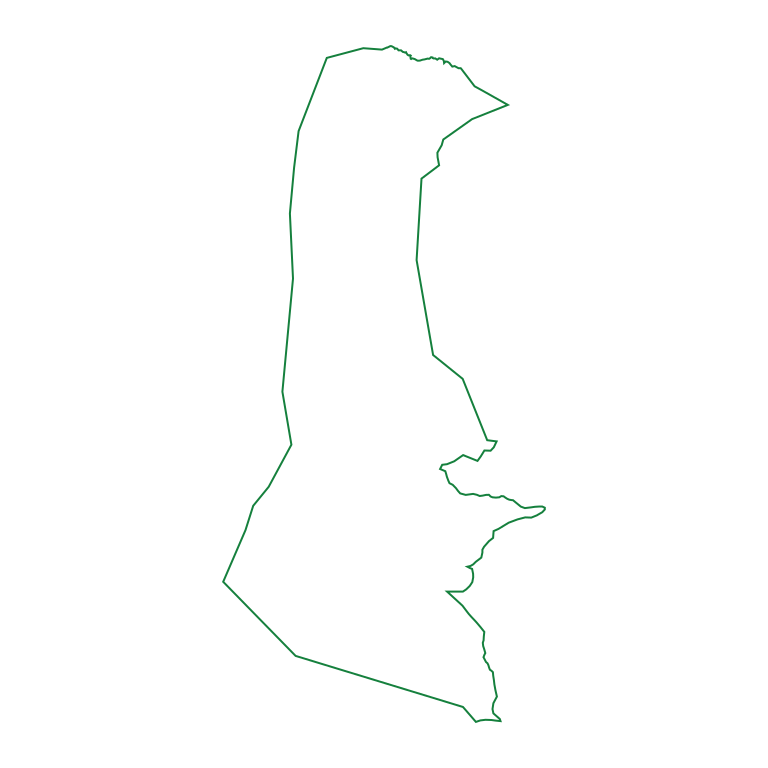 San Juan Ihualtepec, Oaxaca, Mexico (orthographic projection)
{"feature_id": "50627088B85005499494284", "entity_name": "San Juan Ihualtepec", "entity_type": "district", "adm_level": 2, "iso_a3": "MEX", "parent_name": "Mexico", "parent_adm1": "Oaxaca", "projection": "orthographic", "projection_center": [-98.274, 17.768], "detail": "fine", "context": "isolated", "style": "outline", "palette": "green", "viewbox_px": 768, "rotation_deg": 0, "n_neighbors": 0, "source": "geoboundaries", "source_scale": "gbopen_adm2", "svg_char_len": 2503}
<svg xmlns="http://www.w3.org/2000/svg" viewBox="0 0 768 768"><path d="M481.0,89.8L474.6,86.3L461.1,68.6L460.7,68.2L458.5,68.2L454.7,66.1L452.3,66.6L451.3,65.4L450.5,64.5L449.5,63.1L447.6,61.8L445.7,61.5L444.1,63.1L443.8,60.8L442.8,59.1L439.1,58.3L437.2,59.7L435.3,58.4L433.8,58.5L432.8,58.1L432.6,57.5L431.1,57.2L429.7,58.5L429.1,58.8L427.6,58.6L424.6,59.4L422.6,59.7L419.9,60.6L417.8,60.7L417.2,60.5L414.6,59.0L412.4,58.4L411.8,58.5L411.1,59.0L410.7,58.7L410.3,56.1L410.7,55.6L410.1,55.2L408.5,55.4L407.5,54.7L406.3,52.9L406.0,52.2L405.2,52.6L403.8,52.1L402.8,51.9L401.0,50.3L398.5,50.3L397.2,48.7L396.5,48.6L395.6,48.3L394.9,48.8L393.9,47.4L391.6,46.2L390.3,46.1L387.3,47.6L387.0,47.5L382.0,49.6L363.3,48.2L326.8,57.9L298.6,131.1L294.1,167.6L289.9,213.5L293.0,278.6L282.4,391.7L291.4,444.7L268.7,486.8L253.2,505.8L245.5,530.1L223.2,581.8L295.6,655.9L463.0,707.0L475.9,721.9L480.4,720.4L485.5,719.8L491.4,720.0L495.7,720.6L500.5,721.1L499.8,719.0L493.4,713.4L492.5,709.1L493.4,703.2L496.9,696.6L495.4,690.0L494.4,684.5L493.9,680.1L493.2,675.6L492.9,672.2L491.4,670.7L489.9,669.7L489.1,667.6L488.4,665.2L487.5,663.3L486.0,662.0L483.5,657.2L484.5,654.6L485.3,653.1L484.3,649.5L483.2,646.1L482.8,642.8L483.6,640.3L483.8,636.6L484.3,631.9L480.5,627.1L476.6,622.5L474.7,620.4L473.0,618.6L471.4,616.9L468.9,614.1L467.1,611.8L464.3,608.1L462.5,605.7L447.1,591.6L462.9,591.6L466.2,589.4L469.8,585.9L472.3,582.1L473.2,577.3L473.1,573.8L472.1,568.9L470.0,568.1L467.4,566.7L470.4,566.0L473.2,564.4L475.8,561.8L481.3,557.6L482.4,552.6L482.4,549.7L484.1,546.7L489.0,541.1L493.1,537.9L493.6,531.1L498.5,528.9L508.7,522.7L517.5,519.4L525.2,517.4L531.3,517.6L537.0,515.3L537.6,514.9L542.3,512.2L543.3,511.1L544.8,509.5L544.8,507.7L542.2,506.5L539.7,506.5L538.1,506.6L534.9,506.8L531.5,507.3L524.9,508.1L520.8,506.6L515.8,502.5L513.0,500.2L511.7,500.1L509.3,499.7L507.2,498.8L505.2,497.5L503.6,496.3L501.3,496.1L499.3,497.3L495.9,497.6L492.5,497.3L490.6,496.5L488.9,494.8L486.0,494.9L482.7,495.6L479.7,496.0L476.9,494.8L473.1,493.9L465.7,494.9L460.2,493.4L457.9,490.8L456.0,488.2L452.7,484.8L449.5,483.2L448.4,480.8L446.9,476.8L446.2,474.1L445.8,472.8L445.3,471.2L440.1,469.0L442.2,464.8L447.0,464.2L454.2,461.3L463.1,455.1L468.8,457.4L477.5,460.9L480.7,456.5L484.4,450.5L490.6,450.7L493.8,447.3L496.6,441.4L487.2,440.2L462.7,378.9L433.1,355.0L416.6,260.1L421.5,178.6L439.1,165.3L437.6,157.3L437.4,152.7L441.7,145.2L443.3,139.5L472.1,119.1L507.8,104.9L481.0,89.8Z" fill="none" stroke="#15803d" stroke-width="2"/></svg>